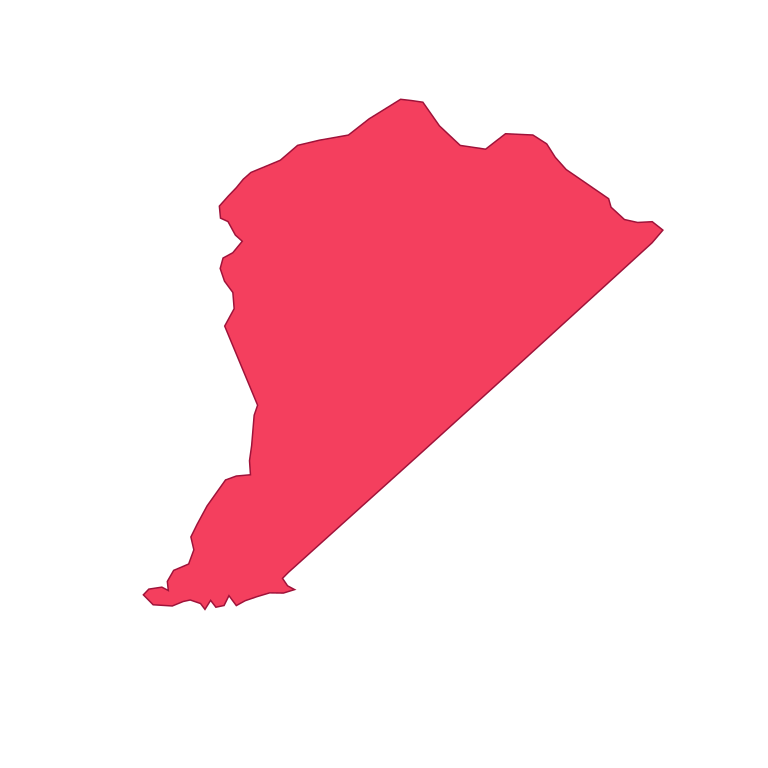 the district of Ipiranga de Goiás, Goiás, Brazil, rotated 199°
{"feature_id": "56859067B30942518683814", "entity_name": "Ipiranga de Goiás", "entity_type": "district", "adm_level": 2, "iso_a3": "BRA", "parent_name": "Brazil", "parent_adm1": "Goiás", "projection": "natural_earth1", "projection_center": [-49.647, -15.147], "detail": "fine", "context": "isolated", "style": "filled", "palette": "rose", "viewbox_px": 768, "rotation_deg": 199, "n_neighbors": 0, "source": "geoboundaries", "source_scale": "gbopen_adm2", "svg_char_len": 1131}
<svg xmlns="http://www.w3.org/2000/svg" viewBox="0 0 768 768"><g transform="rotate(199 384 384)"><path d="M597.6,498.6L592.6,487.6L584.4,486.8L573.0,476.4L564.5,472.8L569.7,458.9L577.2,450.7L576.5,439.9L568.3,429.3L556.7,421.3L550.2,406.4L553.5,386.9L496.6,322.8L496.6,312.2L489.1,282.7L486.2,267.7L480.7,254.7L493.7,248.9L502.6,241.7L511.6,211.1L515.0,190.6L516.8,176.5L509.8,165.3L510.1,150.2L522.2,139.3L524.6,126.8L520.7,118.5L527.9,119.6L539.6,113.5L542.9,106.3L530.4,100.1L511.9,105.2L503.0,113.0L496.9,116.7L486.0,116.7L479.9,112.6L477.5,123.0L470.3,118.2L463.1,122.5L461.7,133.4L451.5,126.4L444.7,133.9L435.1,141.4L424.1,149.3L411.0,153.6L401.6,160.5L409.5,161.8L416.7,167.2L413.1,174.7L327.4,329.3L260.7,450.6L176.5,604.8L170.4,620.3L183.2,624.8L196.8,619.3L210.2,617.8L226.9,625.1L231.9,632.3L281.6,646.1L295.9,654.1L308.3,664.0L324.3,667.9L350.6,660.2L357.1,650.3L364.4,639.1L389.6,634.4L415.6,646.1L439.0,663.1L450.1,661.0L461.0,658.6L484.4,629.9L498.7,607.8L524.3,593.6L543.4,581.5L554.9,561.8L578.7,540.7L583.7,531.9L587.6,521.4L592.2,511.5L597.6,498.6Z" fill="#f43f5e" stroke="#9f1239" stroke-width="1.5"/></g></svg>